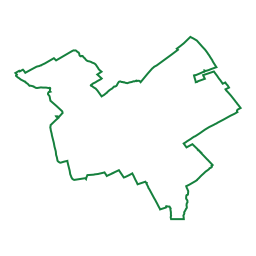 outline of Avrameni, Botosani, Romania
{"feature_id": "2599482B7109590072975", "entity_name": "Avrameni", "entity_type": "district", "adm_level": 2, "iso_a3": "ROU", "parent_name": "Romania", "parent_adm1": "Botosani", "projection": "natural_earth1", "projection_center": [26.952, 48.014], "detail": "fine", "context": "isolated", "style": "outline", "palette": "green", "viewbox_px": 256, "rotation_deg": 0, "n_neighbors": 0, "source": "geoboundaries", "source_scale": "gbopen_adm2", "svg_char_len": 5519}
<svg xmlns="http://www.w3.org/2000/svg" viewBox="0 0 256 256"><path d="M183.8,219.1L183.7,217.7L183.4,215.5L184.0,214.4L184.3,213.5L184.3,213.1L184.2,212.5L184.2,212.3L184.3,212.0L185.1,210.8L186.0,208.9L186.6,208.2L186.7,207.9L186.8,207.6L186.8,207.2L186.7,206.3L186.5,205.2L186.6,204.7L186.6,204.1L186.8,203.3L187.4,202.5L187.5,202.2L187.4,201.1L187.4,200.6L186.9,199.7L186.5,199.3L186.4,199.0L186.2,198.7L186.1,198.3L186.1,198.1L186.3,195.8L186.6,195.1L187.7,194.8L187.9,194.4L188.0,194.1L188.1,192.8L188.2,191.6L188.2,191.2L188.1,190.7L187.8,190.2L187.5,189.4L187.2,188.7L186.8,188.0L186.4,186.7L186.2,186.2L189.3,184.7L195.5,181.1L197.0,180.1L197.0,179.9L199.2,177.8L200.2,176.7L201.6,175.3L202.4,174.6L203.3,173.8L205.8,171.4L206.1,171.3L208.7,169.4L209.1,169.0L209.6,168.2L210.6,167.9L211.7,167.1L211.8,166.9L211.9,166.7L211.6,166.2L211.5,165.8L212.6,165.0L208.4,160.6L208.1,160.2L207.4,159.6L200.7,152.6L201.0,152.5L198.8,150.3L198.4,150.5L197.9,150.0L198.0,149.8L197.7,149.3L192.4,144.2L186.5,147.4L183.7,143.5L184.5,143.0L186.0,142.1L186.7,141.5L191.0,138.8L192.6,137.6L193.5,137.1L194.2,136.6L195.1,136.3L195.9,135.8L199.6,133.4L205.0,129.6L209.3,127.0L213.8,124.8L215.0,124.1L216.6,123.4L217.4,122.8L223.5,119.6L230.5,115.7L234.5,113.8L237.4,112.1L237.0,111.5L236.9,111.1L236.9,110.9L237.5,109.7L240.6,108.0L238.0,104.6L237.1,103.6L237.0,103.3L236.7,102.9L235.5,101.5L235.2,101.0L231.1,95.8L228.4,92.7L226.1,90.3L225.5,89.3L229.0,87.6L227.7,85.5L226.3,84.0L225.3,82.5L222.7,83.7L220.3,80.2L218.9,78.5L217.1,75.8L215.2,73.3L213.9,71.5L207.2,73.8L203.1,75.1L203.4,75.8L203.6,76.3L204.0,77.0L204.3,77.4L204.5,78.3L204.8,78.8L200.4,80.4L198.6,81.0L197.7,81.4L197.4,81.8L197.2,81.9L195.8,82.2L195.8,81.9L195.2,79.6L194.6,77.8L194.0,75.4L195.1,75.1L195.7,75.2L197.1,74.6L199.5,73.6L203.1,72.0L203.8,71.9L204.1,71.9L204.3,71.7L204.6,71.1L204.4,70.4L204.5,70.4L204.6,70.5L204.9,70.9L205.3,71.1L208.9,70.0L210.5,69.3L216.4,67.2L213.1,62.0L212.7,61.3L212.3,60.3L210.0,56.8L209.2,55.4L208.0,53.8L207.6,53.1L206.6,51.7L206.3,51.3L205.1,49.7L202.3,46.7L198.4,42.3L196.8,40.5L196.6,40.4L193.4,38.5L191.2,37.4L190.4,36.9L183.9,43.2L180.3,46.1L176.8,48.7L177.9,49.8L171.4,54.7L156.6,65.5L154.1,66.8L154.0,67.0L152.1,68.6L147.7,73.6L140.6,82.2L139.7,81.1L138.9,80.8L137.6,80.8L136.8,81.1L136.3,80.6L135.0,81.2L134.3,81.4L133.5,81.3L131.7,82.0L129.5,82.4L127.3,83.2L126.1,82.9L125.6,82.9L124.3,82.3L123.9,82.4L123.7,82.2L122.8,82.2L122.5,82.0L121.5,82.0L121.2,81.8L120.2,81.4L118.9,81.8L117.9,83.2L117.1,84.7L116.8,85.4L116.2,86.0L114.9,86.6L114.2,86.5L113.2,87.4L112.3,88.4L111.1,89.1L109.3,90.3L108.6,91.0L107.7,91.7L106.6,93.0L105.7,93.5L105.2,94.0L103.8,95.1L102.5,95.8L101.6,96.4L101.1,95.7L97.4,90.5L95.6,88.5L94.5,87.9L93.4,87.2L92.3,86.3L91.1,85.8L90.8,85.3L91.0,85.0L92.2,84.3L92.4,83.9L92.7,83.7L93.6,83.2L94.5,82.8L95.5,82.3L97.2,81.2L101.0,79.1L101.7,78.5L97.3,74.5L99.0,73.4L101.5,71.7L99.5,70.0L98.8,69.3L98.0,67.9L97.7,67.5L96.3,65.4L95.6,64.4L94.3,63.4L91.9,62.5L91.4,62.1L89.5,61.4L88.8,61.3L87.5,61.0L87.2,60.8L86.9,60.6L86.0,59.9L85.4,59.2L85.0,58.5L84.1,57.8L83.1,56.7L82.8,56.2L82.6,56.0L81.7,55.9L81.3,56.0L81.0,56.3L80.7,56.3L80.3,56.1L79.8,55.7L79.4,55.0L79.2,53.5L78.5,52.4L78.2,52.4L77.8,52.1L77.3,51.8L76.2,50.7L75.5,50.4L74.7,50.5L73.5,50.4L72.2,51.0L56.1,60.4L53.9,58.2L44.4,63.7L43.8,63.9L43.4,64.1L41.6,65.0L41.4,65.1L41.1,65.4L40.5,65.4L39.4,66.0L37.5,66.4L36.5,66.7L35.6,67.2L31.1,69.6L25.8,72.5L25.3,72.8L24.0,70.9L22.9,69.7L19.7,71.4L19.2,70.8L15.4,73.0L16.9,74.7L16.0,75.7L16.0,75.8L16.2,76.0L17.8,77.4L19.1,78.2L20.7,79.5L24.2,81.3L25.3,81.7L25.3,81.9L25.3,82.1L25.9,82.6L27.8,83.9L29.2,85.5L29.5,85.8L30.1,85.7L30.5,85.7L32.4,86.1L33.1,86.4L33.3,86.4L33.3,86.5L36.0,87.9L37.2,88.0L40.9,87.4L43.0,87.6L46.1,87.6L48.4,88.0L49.0,88.0L49.6,87.8L50.0,87.9L50.2,88.2L50.2,88.7L50.1,89.2L49.9,89.8L49.9,90.6L50.0,91.3L50.4,91.7L49.4,92.0L48.8,92.0L48.7,92.1L48.2,92.9L48.0,93.6L48.0,94.1L48.1,94.4L49.2,95.7L49.5,96.1L49.6,96.4L49.8,97.4L50.0,98.7L50.2,99.5L50.4,100.7L56.6,106.1L62.0,111.1L62.3,111.5L62.4,112.1L62.6,113.0L61.9,113.7L58.9,117.0L57.7,116.4L57.3,116.5L57.0,116.3L56.7,116.3L57.0,116.6L56.6,116.8L58.2,118.0L55.8,120.1L50.6,125.1L50.6,125.4L50.6,125.9L50.3,127.1L50.3,127.8L50.5,128.0L50.8,130.3L51.7,133.8L51.9,135.3L52.2,136.5L53.8,142.8L54.5,146.7L55.5,150.3L55.8,151.6L56.1,154.9L56.3,155.5L56.9,157.4L57.5,160.7L57.9,161.2L58.3,161.6L59.0,162.1L60.2,162.7L60.6,162.7L64.2,161.6L67.3,160.9L67.3,161.0L68.2,164.9L69.7,170.8L70.2,174.1L70.7,175.4L71.2,176.5L71.3,177.0L71.4,177.3L71.6,177.7L72.0,178.2L72.3,178.8L72.5,179.0L73.0,179.3L73.9,179.8L74.3,179.9L85.8,178.1L85.9,179.0L86.0,179.1L86.1,178.6L86.3,177.8L87.4,175.1L93.2,174.7L94.1,174.6L94.5,174.4L98.0,174.0L99.6,173.6L103.5,172.7L104.5,172.4L105.1,173.4L105.4,173.7L106.8,176.0L107.3,175.7L112.8,173.2L112.7,173.1L118.9,170.2L123.8,177.5L124.8,177.2L127.4,176.0L129.6,174.9L132.3,173.4L132.7,174.3L133.4,175.5L135.5,180.0L136.5,181.8L137.6,184.3L145.4,181.7L145.9,182.6L146.1,182.8L146.8,183.0L146.6,183.8L146.6,184.0L147.0,184.6L148.3,187.2L148.3,187.7L148.4,187.9L149.2,189.0L149.8,190.1L154.1,198.1L155.1,199.8L155.4,200.3L156.1,201.7L156.9,203.1L158.3,205.9L160.0,209.0L160.1,209.4L166.0,207.5L166.2,207.2L166.1,206.6L166.1,206.3L166.2,206.2L166.4,206.2L168.4,206.6L169.5,206.6L170.5,208.2L170.6,208.5L170.3,208.7L170.3,208.8L170.4,209.1L170.6,210.6L170.9,212.1L170.9,215.1L171.1,215.6L171.0,216.1L170.8,216.6L170.7,217.7L171.0,218.4L171.1,219.1L183.8,219.1Z" fill="none" stroke="#15803d" stroke-width="2"/></svg>